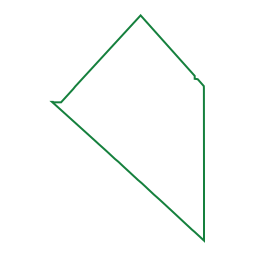 Esmeralda, Nevada, United States of America
{"feature_id": "52423323B50493835773618", "entity_name": "Esmeralda", "entity_type": "district", "adm_level": 2, "iso_a3": "USA", "parent_name": "United States of America", "parent_adm1": "Nevada", "projection": "natural_earth1", "projection_center": [-117.709, 37.723], "detail": "fine", "context": "isolated", "style": "outline", "palette": "green", "viewbox_px": 256, "rotation_deg": 0, "n_neighbors": 0, "source": "geoboundaries", "source_scale": "gbopen_adm2", "svg_char_len": 470}
<svg xmlns="http://www.w3.org/2000/svg" viewBox="0 0 256 256"><path d="M204.0,240.6L204.0,181.0L203.9,88.2L203.8,86.1L197.7,79.2L194.7,78.8L194.7,75.9L140.6,15.4L75.3,86.4L73.3,88.9L61.1,102.3L53.5,102.3L53.1,101.9L52.0,101.9L73.2,121.0L97.1,142.6L98.6,144.0L106.3,150.9L114.9,158.9L118.3,161.7L123.5,166.6L138.1,180.1L141.9,183.3L153.8,194.5L158.7,198.8L163.6,203.3L178.7,217.3L191.9,229.6L194.5,231.8L204.0,240.6Z" fill="none" stroke="#15803d" stroke-width="2"/></svg>